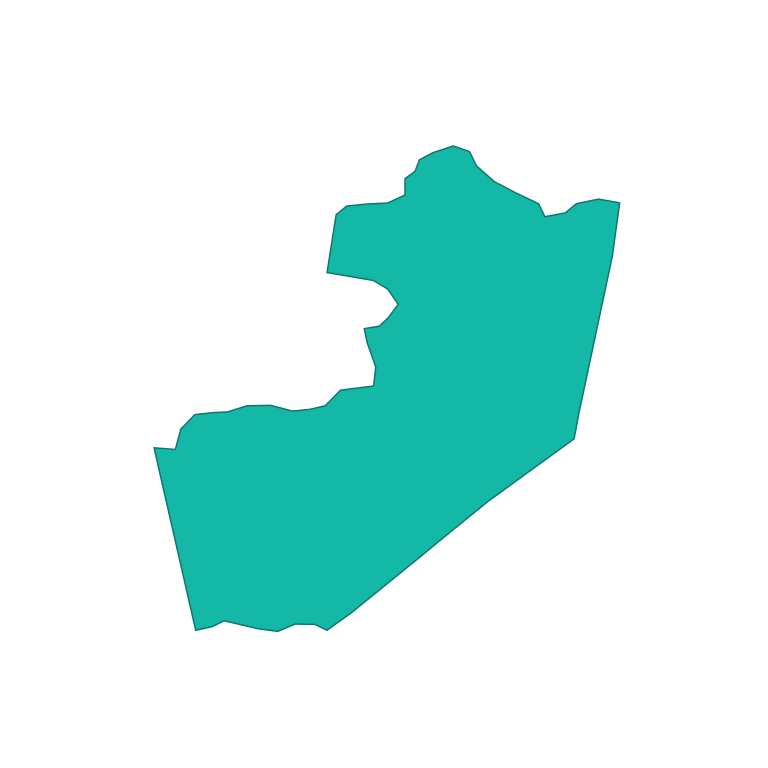 the district of Ermo, Santa Catarina, Brazil, rotated 324°
{"feature_id": "56859067B75265848961106", "entity_name": "Ermo", "entity_type": "district", "adm_level": 2, "iso_a3": "BRA", "parent_name": "Brazil", "parent_adm1": "Santa Catarina", "projection": "mercator", "projection_center": [-49.65, -28.985], "detail": "fine", "context": "isolated", "style": "filled", "palette": "teal", "viewbox_px": 768, "rotation_deg": 324, "n_neighbors": 0, "source": "geoboundaries", "source_scale": "gbopen_adm2", "svg_char_len": 926}
<svg xmlns="http://www.w3.org/2000/svg" viewBox="0 0 768 768"><g transform="rotate(324 384 384)"><path d="M580.0,232.2L559.6,225.6L544.4,223.5L534.1,230.2L521.7,230.2L512.1,243.4L493.2,239.7L476.6,228.7L458.4,218.1L444.8,218.9L403.4,260.4L436.2,293.9L442.8,309.4L442.3,327.9L426.6,332.8L414.3,334.5L400.6,327.6L394.8,340.3L387.3,365.4L374.4,379.5L361.3,372.3L345.2,363.4L323.7,367.1L309.3,361.0L294.0,352.1L279.6,334.5L260.2,321.0L241.0,314.6L229.1,306.8L213.0,297.6L193.1,301.1L176.7,314.3L160.5,300.5L149.7,325.6L86.9,472.6L102.3,479.3L115.4,481.6L124.5,492.0L138.6,508.4L152.7,521.7L171.1,526.0L187.0,538.1L193.1,549.7L222.8,549.9L307.6,545.3L340.6,543.3L398.9,540.1L468.7,540.1L505.6,540.1L525.0,521.7L542.4,506.1L644.3,414.4L681.1,376.0L666.2,360.5L645.6,351.2L631.2,352.1L612.5,343.2L615.0,329.0L603.4,307.7L592.3,285.5L587.0,261.9L589.8,246.3L580.0,232.2Z" fill="#14b8a6" stroke="#0f766e" stroke-width="1.5"/></g></svg>